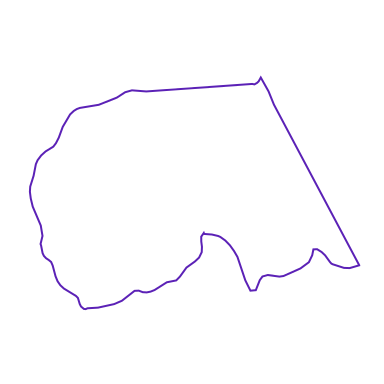 Debub, Equal Earth projection, rotated 356°
{"feature_id": "ERI-1564", "entity_name": "Debub", "entity_type": "Region", "adm_level": 1, "iso_a3": "ERI", "parent_name": "Eritrea", "parent_adm1": "", "projection": "equal_earth", "projection_center": [38.829, 14.796], "detail": "fine", "context": "isolated", "style": "outline", "palette": "violet", "viewbox_px": 384, "rotation_deg": 356, "n_neighbors": 0, "source": "natural_earth", "source_scale": "10m", "svg_char_len": 1339}
<svg xmlns="http://www.w3.org/2000/svg" viewBox="0 0 384 384"><g transform="rotate(356 192 192)"><path d="M77.8,301.4L76.0,301.1L73.3,298.5L72.2,295.9L70.8,289.7L69.0,287.6L57.5,279.4L54.2,275.9L51.7,271.7L50.0,266.6L47.9,255.7L46.6,252.0L44.3,249.8L41.8,247.9L39.8,245.4L38.7,242.6L37.7,234.7L37.3,233.3L39.8,225.4L38.8,214.9L32.1,195.5L30.7,187.2L30.3,180.5L31.0,175.3L35.1,164.8L38.2,153.3L40.2,149.5L44.1,145.0L48.8,141.3L56.8,137.1L59.7,133.8L62.9,128.5L67.6,118.0L75.8,106.1L79.7,102.9L82.9,101.2L86.0,100.3L105.1,98.5L123.6,92.6L132.3,87.8L139.2,86.4L153.4,88.5L259.6,88.4L261.8,89.0L264.5,87.7L266.2,86.3L268.6,82.6L275.4,97.0L279.8,110.5L341.8,250.0L353.7,276.7L353.7,276.8L344.0,278.9L338.3,278.3L327.3,273.9L326.0,273.1L324.7,271.4L320.4,264.5L317.1,260.9L312.8,257.8L309.1,257.7L307.5,263.5L303.7,270.2L294.9,275.8L277.4,282.2L273.3,282.5L261.7,280.1L256.4,281.2L253.5,284.6L248.8,294.4L243.4,294.5L239.0,283.8L232.8,259.9L229.8,253.8L226.1,247.8L221.8,242.7L217.1,238.8L215.0,237.7L208.9,235.8L201.2,234.7L200.9,233.7L198.1,237.2L197.8,242.0L198.1,247.4L197.5,252.7L194.5,257.9L190.1,261.5L181.2,267.0L174.1,275.5L170.1,279.1L160.6,280.3L147.8,287.2L143.7,288.5L139.8,289.0L135.9,288.5L132.0,286.7L127.8,286.6L114.5,295.6L106.5,298.4L90.2,300.8L79.6,300.7L77.8,301.4Z" fill="none" stroke="#5b21b6" stroke-width="2"/></g></svg>